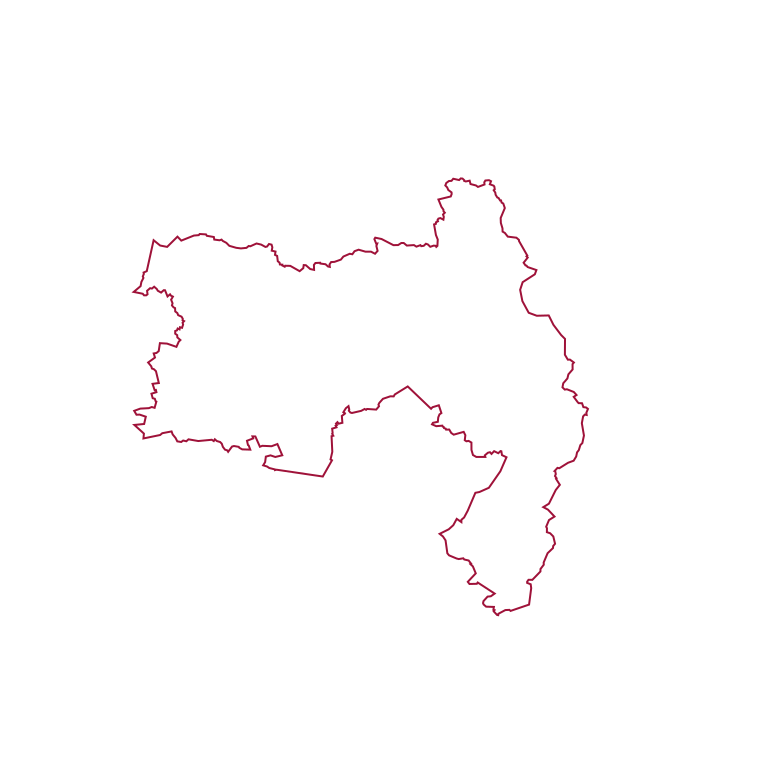 the district of Kinnegad Lea-5, Westmeath, Ireland, rotated 318°
{"feature_id": "5873133B19400646094396", "entity_name": "Kinnegad Lea-5", "entity_type": "district", "adm_level": 2, "iso_a3": "IRL", "parent_name": "Ireland", "parent_adm1": "Westmeath", "projection": "orthographic", "projection_center": [-7.232, 53.592], "detail": "fine", "context": "isolated", "style": "outline", "palette": "rose", "viewbox_px": 768, "rotation_deg": 318, "n_neighbors": 0, "source": "geoboundaries", "source_scale": "gbopen_adm2", "svg_char_len": 6154}
<svg xmlns="http://www.w3.org/2000/svg" viewBox="0 0 768 768"><g transform="rotate(318 384 384)"><path d="M168.8,263.5L183.5,272.1L186.3,272.2L194.4,277.1L193.2,280.1L193.0,284.6L192.0,288.3L194.5,291.4L196.9,291.6L198.8,294.3L201.7,294.3L207.8,302.1L218.7,310.2L219.3,312.5L221.3,311.9L221.6,314.5L223.4,317.5L223.5,319.8L222.2,322.9L221.9,326.4L223.1,328.4L222.8,330.1L229.2,328.8L231.0,329.7L234.0,333.5L233.8,334.6L234.9,337.7L240.7,343.3L242.3,339.2L242.1,338.3L244.2,334.5L250.4,336.9L251.2,334.9L253.3,336.9L249.8,347.6L252.2,348.5L258.8,355.0L264.6,357.3L260.7,368.9L254.4,365.5L251.9,361.1L247.6,358.9L243.4,362.5L239.8,363.6L241.9,367.1L242.5,369.6L245.9,374.7L245.5,375.1L246.8,375.8L276.6,411.8L294.3,405.9L293.8,404.3L300.2,399.8L310.1,387.7L311.7,388.5L312.2,386.3L313.0,386.1L315.6,382.5L319.7,384.4L320.2,382.6L321.5,383.0L321.8,381.3L323.9,381.2L323.7,383.1L327.1,385.0L331.3,379.5L334.8,379.9L335.4,379.7L334.9,377.8L339.4,376.5L342.8,376.7L341.2,379.6L340.0,380.3L339.9,382.7L340.8,384.1L349.1,388.7L352.9,389.6L353.4,391.2L354.7,391.2L361.1,397.8L365.4,397.2L366.1,395.6L367.9,394.9L373.3,394.3L380.5,397.4L382.9,399.7L385.0,399.0L400.0,401.7L402.4,433.9L404.5,433.7L410.5,436.5L407.2,444.0L404.9,443.7L402.0,445.1L398.7,448.1L394.4,445.6L392.7,446.1L394.6,450.3L399.5,454.0L399.1,454.9L399.6,456.0L399.1,457.0L400.0,458.5L399.6,459.4L402.0,461.5L401.2,465.4L401.9,468.3L411.2,472.9L410.2,476.5L406.4,479.8L406.9,481.7L408.8,482.9L409.8,486.0L404.9,491.5L402.6,496.3L403.8,500.0L410.5,506.0L411.2,504.5L415.2,504.6L417.1,505.6L417.1,507.9L420.9,507.6L422.6,511.9L425.7,511.8L426.2,512.5L424.1,515.8L426.0,520.4L412.1,526.7L392.5,531.3L382.6,528.1L379.1,526.0L361.4,534.2L354.2,536.8L350.7,536.7L349.1,538.4L347.8,532.9L341.0,535.3L334.9,535.3L325.1,532.6L325.8,536.7L325.1,541.4L317.8,552.2L317.7,554.9L321.2,562.3L322.4,564.1L326.3,566.6L326.2,568.1L328.8,571.8L328.5,575.8L327.7,575.6L328.0,579.0L325.5,586.1L313.9,587.1L313.7,589.8L319.3,594.6L320.8,594.2L326.0,613.8L321.3,613.2L318.7,611.3L312.7,611.9L311.0,613.1L310.5,614.5L310.9,617.8L316.5,623.2L314.2,625.0L314.8,626.0L313.4,626.4L313.5,631.3L314.2,632.2L315.3,631.3L322.9,633.2L326.1,635.8L326.2,637.3L344.2,645.0L356.8,634.2L359.0,631.0L357.3,627.6L358.1,626.7L360.4,626.2L363.2,628.8L374.8,628.0L376.5,626.2L381.8,625.2L383.2,623.5L392.4,619.2L399.8,619.0L401.3,617.6L404.2,617.2L407.8,610.6L407.6,606.1L405.9,603.1L408.6,600.2L409.0,598.6L415.6,595.5L422.0,596.6L421.8,587.1L420.0,582.1L426.5,583.3L440.7,577.7L447.2,576.6L448.4,569.5L449.2,569.5L449.5,566.8L451.4,565.9L453.0,563.2L452.7,562.8L456.8,562.4L457.9,563.9L468.1,565.7L473.6,567.9L478.3,566.5L481.7,564.0L484.5,563.5L489.0,560.8L491.9,560.6L498.1,556.1L504.8,545.5L510.3,541.3L512.8,541.1L513.9,542.6L515.1,540.8L518.9,539.0L518.5,536.7L516.7,534.6L518.3,530.8L515.8,528.4L515.8,526.9L516.4,520.5L519.7,521.0L519.7,516.9L516.4,510.3L514.6,509.1L514.4,505.9L517.7,503.4L524.0,502.6L527.5,500.2L533.9,499.4L537.4,495.4L539.5,495.1L538.5,490.3L536.9,488.9L538.0,483.3L548.7,471.6L548.4,466.1L549.5,453.4L552.3,443.3L543.2,435.5L539.2,427.9L542.3,415.0L548.2,405.1L555.2,401.1L569.5,403.4L573.5,401.3L569.0,393.2L569.1,391.3L568.5,390.6L568.9,387.3L575.4,386.2L575.3,384.5L576.4,384.5L580.0,368.1L580.7,367.2L580.3,363.9L574.6,357.3L574.9,352.6L574.1,350.1L576.2,347.6L578.6,342.5L581.8,338.7L591.5,334.1L593.4,329.7L592.8,327.9L593.8,325.9L593.1,325.4L593.6,322.4L593.0,321.2L593.6,318.0L594.8,316.2L595.2,313.4L596.6,313.4L598.1,311.1L598.2,310.0L596.3,306.4L599.2,304.9L598.4,302.8L595.5,300.6L593.5,301.2L592.2,303.0L585.7,300.4L585.2,298.0L582.1,293.3L583.7,290.2L580.3,288.2L579.5,286.7L580.0,286.2L579.8,283.9L578.6,282.6L576.3,282.7L572.8,277.8L570.1,278.2L568.1,276.6L564.8,276.3L562.4,277.5L562.5,280.2L561.6,282.8L562.4,286.8L561.4,288.1L559.1,289.3L547.9,283.3L545.2,290.8L544.8,294.2L543.8,295.5L543.8,297.4L541.3,297.5L540.3,299.8L538.1,301.6L536.9,298.4L535.1,297.5L533.4,298.0L533.0,299.2L530.8,298.6L529.7,299.7L528.0,298.9L522.3,308.0L520.6,312.6L516.1,317.1L514.6,317.1L514.9,315.9L513.5,314.4L510.2,313.0L510.0,309.7L509.0,307.8L506.0,307.9L503.9,306.5L504.0,305.2L500.0,303.6L499.2,300.8L493.6,296.4L493.0,292.4L491.2,290.8L487.5,290.2L483.9,287.1L479.2,274.6L475.4,269.4L473.8,269.9L472.1,274.5L473.0,275.1L470.7,276.3L468.3,280.8L464.5,281.2L462.9,277.0L458.8,273.3L455.0,267.2L451.0,265.6L447.3,266.4L445.7,264.3L439.1,262.1L435.2,262.7L428.9,260.1L426.3,258.0L423.5,258.7L422.1,260.7L421.0,259.2L420.7,255.9L417.3,251.9L417.7,251.2L414.0,248.2L411.6,248.6L408.4,252.4L406.1,249.2L405.4,243.4L403.9,241.9L401.5,243.9L396.8,243.7L393.4,233.5L389.7,230.0L388.7,230.4L387.7,227.8L388.3,227.3L386.6,225.5L387.6,223.9L387.2,221.7L390.3,217.3L389.4,215.1L392.0,213.0L389.8,209.8L392.5,207.7L393.7,205.2L392.2,203.0L389.1,203.6L387.6,202.8L386.0,198.2L383.3,194.3L376.8,192.2L375.8,190.9L372.9,190.8L368.4,187.5L365.3,183.9L361.5,177.8L361.3,173.6L359.9,169.7L359.9,168.0L358.0,167.2L354.5,163.1L355.9,160.9L351.5,155.3L351.8,153.7L347.4,149.2L345.9,149.4L342.1,146.5L329.3,141.8L329.1,136.3L314.6,137.0L310.3,131.3L309.0,123.0L283.2,141.4L279.9,140.3L279.2,141.5L276.7,142.7L276.2,144.2L272.0,145.8L268.6,148.4L259.6,148.1L265.1,155.5L265.0,157.5L266.6,159.0L268.3,159.1L270.3,156.2L274.3,156.3L275.4,157.8L278.3,157.9L278.7,161.4L278.3,163.3L279.5,166.9L283.1,166.9L284.0,167.8L281.7,174.1L285.0,174.2L284.8,175.8L285.6,177.8L282.2,178.9L280.9,182.5L279.0,183.7L278.9,186.2L279.5,187.8L277.4,190.4L277.9,193.0L277.1,195.1L278.6,198.5L278.1,200.9L276.9,201.9L277.5,203.5L275.3,203.7L274.5,205.4L271.5,207.1L270.4,205.3L268.6,206.6L267.8,204.7L266.0,205.6L264.3,204.9L262.5,206.9L263.0,209.3L261.6,211.1L262.1,215.1L259.8,215.2L254.6,217.5L249.8,208.8L244.8,203.7L238.6,208.8L235.7,208.7L233.3,207.2L231.5,211.1L223.1,210.2L222.9,215.1L221.9,217.2L222.9,219.0L223.1,221.9L217.3,232.6L212.1,229.0L209.4,235.2L210.5,235.8L209.4,237.8L204.7,235.6L202.6,239.8L203.8,241.6L202.7,244.2L203.0,244.8L197.6,248.2L196.0,245.7L193.1,244.6L186.4,239.2L180.4,236.8L179.5,241.2L181.9,243.2L185.1,248.9L179.0,253.2L171.1,247.4L172.4,260.2L168.8,263.5Z" fill="none" stroke="#9f1239" stroke-width="2"/></g></svg>